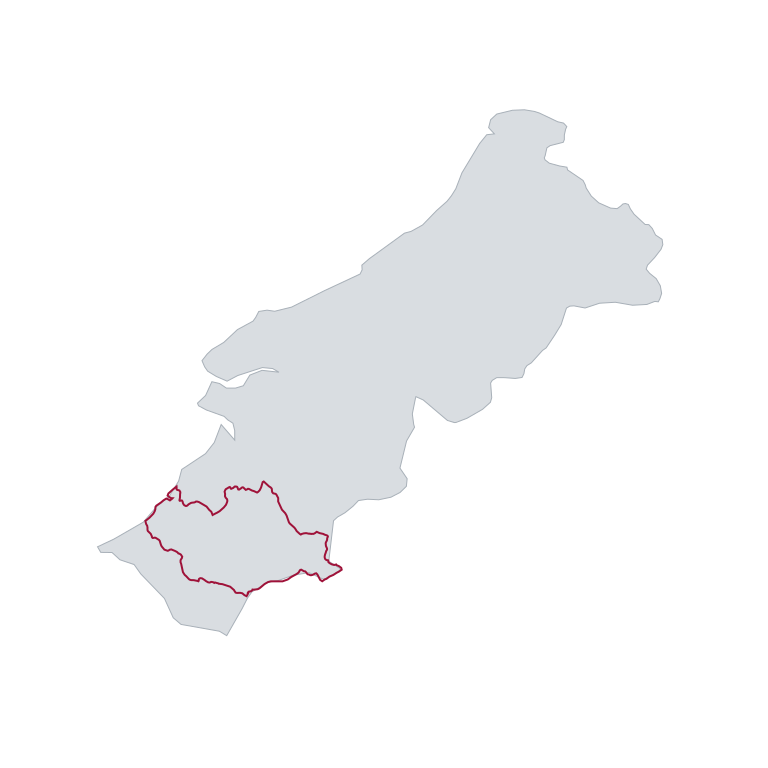 Beja on a map of Portugal (Albers equal-area conic projection), rotated 41°
{"feature_id": "PRT-743", "entity_name": "Beja", "entity_type": "District", "adm_level": 1, "iso_a3": "PRT", "parent_name": "Portugal", "parent_adm1": "", "projection": "albers", "projection_center": [-7.969, 37.829], "detail": "fine", "context": "in_parent", "style": "outline", "palette": "rose", "viewbox_px": 768, "rotation_deg": 41, "n_neighbors": 0, "source": "natural_earth", "source_scale": "10m", "svg_char_len": 6283}
<svg xmlns="http://www.w3.org/2000/svg" viewBox="0 0 768 768"><g transform="rotate(41 384 384)"><path d="M301.4,93.1L310.1,84.9L318.7,79.6L323.4,77.6L343.1,72.1L348.3,69.3L353.1,69.8L353.9,72.5L356.7,77.7L359.8,81.3L360.7,84.0L353.0,95.1L352.0,98.9L355.9,106.1L356.6,108.2L358.6,109.2L363.9,108.9L373.4,104.3L379.8,100.4L382.1,102.0L400.7,99.8L405.1,101.6L408.1,103.5L417.2,106.2L427.2,106.4L439.6,102.6L444.9,98.7L445.9,94.5L446.2,91.4L447.8,89.4L450.6,88.2L455.0,90.2L461.3,91.8L476.4,92.3L479.3,90.0L484.4,90.6L491.2,93.4L499.0,92.4L503.0,95.9L504.7,100.6L505.3,111.0L504.9,121.4L506.5,125.3L511.8,126.2L520.3,125.9L528.1,128.6L534.1,133.5L536.2,138.5L537.1,142.0L534.2,144.0L530.2,151.5L519.9,161.5L505.0,170.5L493.7,181.6L485.9,194.7L476.1,200.4L473.1,203.4L471.9,207.0L478.7,222.9L480.8,235.3L482.7,250.4L481.6,254.7L481.3,271.4L479.8,276.3L480.3,280.2L482.8,284.4L483.9,288.5L479.4,293.7L471.1,299.9L464.9,305.2L463.3,310.2L463.8,313.3L474.3,323.7L476.3,328.0L475.0,338.4L469.1,355.5L463.5,365.9L462.5,366.9L455.8,369.9L424.1,370.3L416.4,372.6L417.4,374.7L425.0,388.0L432.9,395.0L435.4,396.6L438.4,412.2L451.2,437.0L463.6,440.3L468.0,446.5L467.3,455.2L463.5,464.9L456.0,474.8L447.1,481.8L441.2,488.7L440.8,496.7L439.0,506.8L436.2,514.9L435.6,520.3L458.6,554.0L471.3,552.2L473.0,553.0L470.8,561.1L466.8,570.7L462.1,572.5L451.2,575.5L440.9,587.9L432.6,602.6L426.4,609.8L420.7,627.4L421.4,635.0L424.3,646.7L430.4,677.1L421.9,678.6L388.6,698.6L378.3,698.7L359.0,689.9L325.0,686.9L313.9,684.2L300.0,689.9L289.3,689.6L280.7,696.9L274.6,694.8L281.8,678.5L293.0,646.1L292.8,626.2L295.5,609.0L292.7,592.0L287.4,581.2L295.0,553.7L294.3,539.5L287.7,521.4L308.2,524.3L301.9,517.1L295.7,512.7L289.7,513.6L284.6,513.3L267.1,520.1L258.3,522.1L255.8,520.8L256.9,509.7L252.6,495.2L259.6,491.5L267.7,490.5L274.7,484.4L279.0,477.6L276.9,465.3L283.0,453.7L297.0,444.0L289.8,445.4L281.4,451.4L268.1,473.5L263.7,484.8L252.5,488.3L242.5,490.0L237.4,488.7L231.3,485.8L230.9,477.4L231.5,470.8L235.8,457.7L237.7,439.1L243.9,422.5L243.5,418.0L241.9,411.4L247.3,405.0L253.8,400.8L263.8,386.6L277.8,352.7L293.8,316.7L292.6,312.2L289.3,308.8L290.7,299.1L300.5,256.7L304.3,251.1L308.8,238.7L309.9,218.6L311.7,204.8L311.4,197.8L310.1,189.5L304.3,173.5L298.4,139.7L298.0,128.5L303.2,122.8L294.8,121.9L291.1,114.6L292.0,106.3L301.4,93.1Z" fill="#d9dde1" stroke="#a8b0b8" stroke-width="1"/><path d="M473.6,551.7L473.9,551.9L473.0,555.4L472.2,557.3L471.0,561.4L469.2,565.1L468.4,568.8L467.5,570.4L466.8,573.4L464.3,573.7L458.8,571.5L457.1,571.3L456.3,572.3L455.4,574.8L454.4,576.2L453.7,576.7L452.4,577.0L451.2,577.7L450.0,577.5L448.8,577.2L447.5,577.1L446.5,577.8L443.4,578.4L442.8,579.2L442.8,580.2L443.1,581.3L443.2,582.6L442.7,584.8L440.6,590.5L439.6,594.7L436.9,599.5L428.1,607.1L426.4,609.6L425.1,613.3L424.2,619.2L423.7,621.0L423.1,622.0L420.5,624.8L419.6,625.4L419.9,626.2L419.8,626.8L419.6,627.3L419.5,627.9L418.4,629.1L418.1,629.6L418.2,630.9L418.3,631.1L418.7,631.0L419.2,632.7L419.3,633.5L419.5,634.3L417.2,634.9L414.4,634.9L412.4,636.0L410.5,637.8L409.4,638.6L408.6,638.8L407.9,638.5L406.6,638.2L406.0,637.9L400.9,637.9L393.3,641.1L391.6,642.3L390.9,642.7L390.3,643.2L389.7,643.2L387.9,644.1L387.2,644.4L386.6,644.7L386.4,645.5L385.0,645.7L383.3,646.8L383.1,647.5L382.6,648.3L381.3,649.1L378.6,649.6L377.3,649.6L374.1,650.1L372.8,651.0L372.4,651.8L372.3,652.6L372.5,653.1L373.3,654.1L373.3,654.7L372.6,654.9L369.2,656.8L367.0,658.6L365.5,659.2L364.4,659.2L360.8,658.8L358.8,658.8L355.7,657.9L348.9,652.8L347.4,652.0L346.2,650.6L345.9,649.9L345.7,648.1L345.0,646.7L342.6,646.0L340.9,646.3L340.0,646.8L339.0,646.6L337.9,646.6L335.8,647.1L332.0,648.4L331.7,648.8L331.0,649.7L330.8,650.5L330.3,651.7L328.7,652.4L326.9,653.1L322.7,652.4L321.3,651.8L317.6,649.5L316.4,649.3L312.6,649.9L311.8,650.3L311.4,650.9L310.8,651.6L310.3,652.0L309.3,651.8L308.8,651.3L306.2,650.1L302.3,649.9L301.5,649.5L300.6,648.6L299.8,647.6L298.2,646.3L296.7,645.9L294.8,644.7L293.7,643.8L294.1,642.2L294.7,638.9L295.0,633.3L294.4,630.4L293.5,628.4L292.2,626.8L292.0,625.2L293.4,619.8L293.9,616.5L294.8,613.4L296.1,612.8L298.8,612.3L299.4,609.3L299.4,608.9L298.4,609.7L296.3,610.2L293.9,610.2L293.1,608.1L293.9,601.9L294.7,597.5L295.6,598.4L296.2,599.2L296.7,599.6L297.4,599.6L298.1,599.2L298.9,598.8L299.5,598.6L301.2,599.2L301.9,600.1L302.2,600.7L304.7,603.8L305.6,605.5L306.1,606.1L306.6,606.1L307.0,605.5L307.4,604.9L308.0,604.5L308.7,604.7L309.5,605.1L310.2,605.7L311.9,606.4L313.0,606.5L314.6,606.0L315.2,605.1L315.4,604.2L315.4,603.2L316.3,600.5L316.9,599.6L318.5,597.9L319.0,597.0L319.2,596.1L320.1,595.3L321.8,594.5L330.5,592.9L334.8,593.7L337.3,593.7L337.7,593.8L340.6,595.3L341.9,591.9L342.3,591.1L343.4,587.8L344.1,582.3L344.0,578.8L343.1,576.2L342.5,575.0L341.2,573.9L340.0,573.8L338.9,573.6L337.6,573.0L336.2,571.2L334.3,569.8L333.9,568.5L333.7,567.9L333.6,567.2L333.9,566.4L334.1,565.7L334.4,564.9L334.6,564.0L335.2,562.9L335.8,562.9L336.3,563.2L336.9,563.4L337.4,563.4L337.7,562.8L337.9,562.4L338.4,561.3L338.5,560.6L338.5,560.0L338.6,559.5L338.8,559.0L339.5,558.7L340.1,558.1L340.7,558.0L341.7,558.4L342.4,558.9L343.2,559.2L343.9,558.8L344.5,556.7L344.6,555.7L344.9,554.9L345.7,554.4L349.1,554.6L349.7,553.6L350.1,552.3L350.9,551.8L354.3,551.0L356.0,550.2L359.4,549.2L359.8,547.8L359.8,547.0L359.9,545.8L359.1,542.7L356.8,537.6L357.2,536.5L364.3,536.7L366.5,536.4L367.8,536.6L368.3,536.9L369.5,538.1L370.5,538.9L371.4,539.1L372.1,539.2L374.3,538.0L375.4,538.1L376.2,538.4L379.0,539.5L381.2,542.1L389.4,545.8L394.2,546.3L396.8,547.2L402.9,550.7L404.3,551.1L410.6,551.2L412.5,551.6L414.6,552.3L419.0,552.4L420.0,552.2L420.2,551.3L421.5,549.3L423.1,547.6L425.8,546.1L426.0,545.7L427.5,544.9L427.9,544.3L428.9,543.6L429.5,542.5L429.9,541.3L430.0,540.5L430.2,539.7L433.2,538.8L436.3,537.1L437.1,536.8L437.7,536.8L440.2,535.7L440.9,535.6L441.6,535.8L441.9,536.3L442.0,536.6L442.1,537.2L442.3,537.6L442.7,538.2L443.2,538.8L443.6,539.7L443.8,540.6L444.0,541.5L444.4,542.4L446.4,544.3L448.9,545.5L449.5,546.1L449.8,546.9L449.9,547.8L451.0,550.3L451.3,551.2L452.2,552.9L453.0,553.8L454.2,554.6L455.6,554.7L456.6,554.4L457.1,553.9L457.6,553.7L458.9,554.9L460.4,554.9L462.8,554.4L465.1,553.3L466.3,551.6L466.8,551.8L467.1,551.8L469.6,551.0L472.3,550.8L473.6,551.7Z" fill="none" stroke="#9f1239" stroke-width="2"/></g></svg>